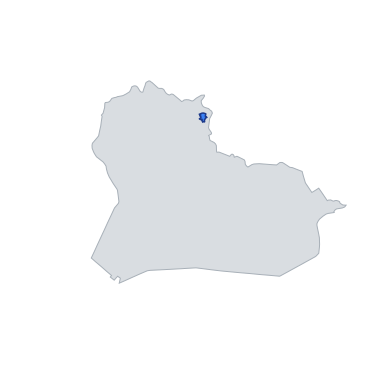 location of Derbendikhan, As-Sulaymaniyah, Iraq, rotated 326°
{"feature_id": "34846034B22464020679662", "entity_name": "Derbendikhan", "entity_type": "district", "adm_level": 2, "iso_a3": "IRQ", "parent_name": "Iraq", "parent_adm1": "As-Sulaymaniyah", "projection": "mercator", "projection_center": [45.71, 35.186], "detail": "fine", "context": "in_parent", "style": "filled", "palette": "blue", "viewbox_px": 384, "rotation_deg": 326, "n_neighbors": 0, "source": "geoboundaries", "source_scale": "gbopen_adm2", "svg_char_len": 4201}
<svg xmlns="http://www.w3.org/2000/svg" viewBox="0 0 384 384"><g transform="rotate(326 192 192)"><path d="M159.9,77.6L162.3,77.0L166.7,73.2L169.4,69.7L170.2,69.4L172.5,70.6L174.2,70.9L178.0,69.6L180.3,70.3L182.2,71.1L183.3,71.2L188.4,73.4L189.7,73.6L192.4,73.9L196.3,74.0L198.9,72.6L200.7,71.2L202.0,71.3L203.2,71.6L204.2,72.2L205.1,73.2L205.5,74.7L205.3,79.3L205.7,80.6L206.4,81.4L207.3,81.6L208.4,80.6L210.3,79.1L212.6,77.5L214.3,76.0L215.3,75.5L216.9,75.6L218.4,75.8L219.2,76.5L219.2,76.8L220.1,79.0L222.1,87.1L223.2,88.1L224.6,89.0L225.5,90.2L225.9,91.4L225.7,93.3L225.8,95.5L226.3,97.2L227.1,98.5L227.8,99.1L228.9,99.1L230.1,99.5L231.0,100.7L233.7,109.9L233.9,111.1L235.1,111.5L236.9,111.3L238.9,112.3L240.9,113.8L242.9,116.6L244.2,117.0L248.2,116.6L253.8,117.0L256.4,118.5L256.1,119.4L254.1,120.4L250.6,121.5L249.5,123.5L249.0,126.0L249.1,127.5L249.9,129.0L252.4,132.2L252.6,133.3L253.0,134.9L253.5,135.9L253.0,138.0L250.7,139.4L247.7,141.0L241.7,147.9L241.3,149.4L241.3,153.5L240.7,154.7L238.8,154.6L237.4,154.4L237.3,155.8L236.3,157.7L235.8,159.4L238.0,163.3L238.4,165.4L238.1,167.2L236.0,170.5L234.8,172.6L235.1,173.1L236.7,174.0L241.6,181.1L243.2,183.5L245.3,182.9L246.1,182.9L246.7,183.3L247.1,184.2L247.1,185.2L246.5,186.8L249.2,187.5L250.2,189.1L253.3,194.6L253.1,196.2L251.7,198.8L251.7,200.5L252.0,202.0L252.4,202.6L257.0,202.8L259.0,203.4L263.7,206.2L269.1,210.5L273.5,214.0L277.3,216.9L281.3,216.7L282.4,217.3L283.5,218.2L284.6,220.6L286.9,226.2L288.9,228.0L291.9,232.4L294.8,236.5L292.9,242.1L291.1,247.9L291.1,255.4L291.1,259.4L294.9,259.6L299.2,259.7L299.3,264.5L299.3,269.3L299.3,274.8L300.6,275.0L302.6,276.2L303.5,277.9L304.5,278.9L305.8,279.1L307.1,279.9L308.4,281.5L308.9,282.7L308.5,283.5L308.8,284.9L309.7,287.0L310.8,287.9L312.4,289.1L310.2,289.8L307.7,289.3L302.5,286.9L300.8,286.8L298.5,287.7L298.4,288.5L292.9,285.9L290.9,285.3L290.2,285.3L287.0,285.3L282.5,285.8L279.8,286.9L278.0,288.0L277.1,289.2L276.8,289.8L275.4,293.1L273.7,297.3L272.0,301.2L268.6,306.6L266.8,309.0L262.8,313.7L258.5,314.6L248.4,313.7L237.3,312.7L226.3,311.7L218.0,310.9L217.4,310.7L209.3,304.1L202.8,298.9L194.8,292.3L186.6,285.7L178.3,278.9L172.2,273.9L164.9,267.6L158.2,261.7L152.9,257.1L146.2,253.1L140.9,250.0L133.2,245.4L127.0,241.7L121.7,238.5L113.6,233.6L110.9,232.3L102.5,230.7L94.5,229.3L86.2,227.9L80.7,226.9L84.4,223.4L83.3,220.3L80.6,220.9L78.2,221.6L76.7,216.8L78.6,216.2L76.8,209.8L75.1,203.2L73.3,196.9L71.6,190.4L78.6,186.2L83.8,183.0L91.1,178.6L98.1,174.4L104.8,170.3L112.2,165.9L118.8,161.9L124.8,160.2L126.1,159.0L128.9,153.5L131.2,148.8L131.4,147.7L131.4,141.0L131.8,133.2L132.6,129.0L133.9,125.2L135.2,122.5L135.3,120.0L135.1,117.4L133.8,113.4L132.5,109.4L132.6,105.4L132.9,103.3L133.7,99.9L135.2,97.4L136.7,95.9L142.5,94.3L145.9,93.3L150.4,88.9L153.2,86.3L156.9,82.1L159.7,79.1L159.9,78.0L159.9,77.6Z" fill="#d9dde1" stroke="#a8b0b8" stroke-width="1"/><path d="M240.3,138.8L240.1,139.1L240.0,139.3L240.0,139.5L240.0,140.0L240.4,140.0L240.6,140.0L240.8,140.1L241.1,140.5L241.4,140.6L241.6,140.8L241.9,140.6L242.0,140.4L242.3,139.9L242.5,139.5L242.7,139.1L243.0,139.0L243.6,138.9L244.0,138.8L244.2,138.7L244.2,138.4L244.4,138.3L244.6,138.2L244.9,138.2L245.1,138.2L245.5,138.3L245.9,138.4L246.0,138.4L246.0,138.2L246.0,137.8L246.0,137.7L245.9,137.5L245.9,137.4L245.6,137.2L245.5,136.9L245.4,136.8L245.4,136.7L245.5,136.5L245.8,136.2L246.1,135.9L246.4,135.7L246.7,135.3L246.9,135.2L247.1,134.9L246.8,134.4L246.7,134.2L246.4,133.8L246.1,133.5L245.8,133.2L245.7,133.0L245.5,132.9L245.2,132.7L244.7,132.4L244.3,132.2L243.9,132.1L243.2,132.0L243.0,131.9L242.8,131.8L242.6,131.8L242.5,132.1L242.4,132.0L242.0,131.8L241.7,131.8L241.6,131.7L241.5,131.8L241.5,132.0L241.6,132.3L241.5,132.7L241.3,132.9L241.2,133.1L241.5,133.3L241.7,134.0L241.4,134.2L241.2,134.3L241.2,134.5L241.2,134.8L241.1,135.0L240.9,135.5L240.5,135.6L240.2,135.5L239.9,135.5L239.6,135.4L239.3,135.4L239.1,135.5L239.2,135.9L239.2,136.1L239.3,136.2L239.4,136.3L239.6,136.4L239.6,136.5L239.8,136.9L240.0,136.9L240.1,137.0L240.3,137.1L240.5,137.2L240.6,137.3L240.9,137.5L240.7,137.7L240.1,137.7L240.1,137.8L240.4,138.3L240.4,138.5L240.3,138.8L240.3,138.8Z" fill="#3b82f6" stroke="#1e3a8a" stroke-width="1.5"/></g></svg>